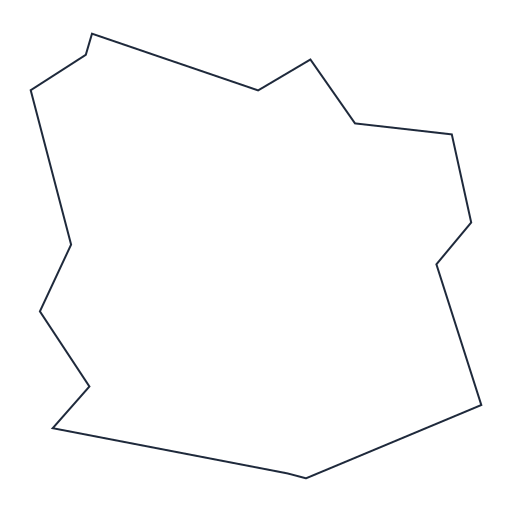 Canal/Pigi, Jonglei, South Sudan
{"feature_id": "79223893B17498067697092", "entity_name": "Canal/Pigi", "entity_type": "district", "adm_level": 2, "iso_a3": "SSD", "parent_name": "South Sudan", "parent_adm1": "Jonglei", "projection": "robinson", "projection_center": [31.43, 9.096], "detail": "fine", "context": "isolated", "style": "outline", "palette": "slate", "viewbox_px": 512, "rotation_deg": 0, "n_neighbors": 0, "source": "geoboundaries", "source_scale": "gbopen_adm2", "svg_char_len": 319}
<svg xmlns="http://www.w3.org/2000/svg" viewBox="0 0 512 512"><path d="M287.4,473.4L306.0,478.3L481.3,405.0L436.4,264.3L471.2,222.5L451.8,134.4L355.0,123.4L310.4,59.5L258.1,90.4L92.0,33.7L85.8,54.8L30.7,90.2L71.1,244.6L39.9,311.4L89.4,386.5L52.7,428.2L287.4,473.4Z" fill="none" stroke="#1e293b" stroke-width="2"/></svg>